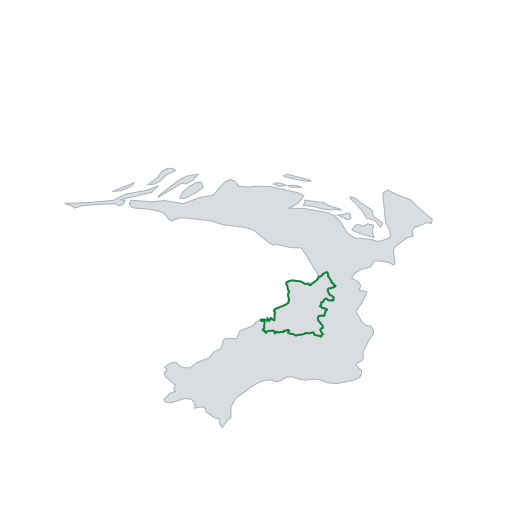 Croatia, with Sisacko-Moslavacka highlighted, rotated 142°
{"feature_id": "HRV-1587", "entity_name": "Sisacko-Moslavacka", "entity_type": "County", "adm_level": 1, "iso_a3": "HRV", "parent_name": "Croatia", "parent_adm1": "", "projection": "orthographic", "projection_center": [16.353, 45.412], "detail": "fine", "context": "in_parent", "style": "outline", "palette": "green", "viewbox_px": 512, "rotation_deg": 142, "n_neighbors": 0, "source": "natural_earth", "source_scale": "10m", "svg_char_len": 8258}
<svg xmlns="http://www.w3.org/2000/svg" viewBox="0 0 512 512"><g transform="rotate(142 256 256)"><path d="M98.0,173.6L99.9,176.8L114.2,181.0L117.4,179.5L119.3,177.0L119.4,175.3L120.6,174.9L125.6,177.5L141.2,177.6L144.4,175.8L150.5,165.1L152.4,164.2L153.6,164.7L154.5,167.9L156.7,171.0L164.4,178.4L167.3,179.3L170.2,177.4L173.2,176.9L181.7,180.8L188.9,181.7L194.3,179.7L191.7,173.9L191.3,170.9L191.7,168.3L195.4,165.8L195.2,164.7L190.9,160.1L191.1,159.0L200.8,154.0L210.1,151.3L211.7,149.1L213.0,139.6L212.5,134.5L208.8,129.8L208.6,127.4L209.5,124.9L211.0,122.6L219.0,120.1L230.8,114.6L234.3,109.5L236.5,108.6L243.0,109.4L244.4,108.1L243.5,100.7L244.7,98.8L248.1,96.7L253.8,97.5L258.5,99.4L271.0,105.9L277.7,111.9L281.5,118.6L286.5,123.7L292.9,127.3L297.9,132.2L301.7,138.5L307.0,141.9L313.6,142.6L317.9,144.7L319.7,148.2L323.4,151.3L328.9,154.1L337.5,155.5L359.0,156.4L368.5,152.8L375.4,143.9L378.5,144.4L388.4,141.6L387.9,146.8L385.0,149.2L388.2,154.5L391.3,163.1L389.9,167.4L391.9,170.7L398.1,173.9L396.4,174.9L395.1,177.8L395.1,183.0L400.1,187.7L413.3,192.6L417.3,196.8L417.4,198.6L416.8,199.9L406.8,200.7L402.9,198.6L402.6,202.1L399.0,203.3L401.5,216.0L400.8,219.7L399.5,221.0L396.6,220.4L395.9,221.7L396.6,224.4L393.0,224.8L387.1,223.6L384.4,221.2L383.8,216.3L381.8,212.5L377.1,208.7L367.5,208.3L356.2,204.8L348.1,206.2L340.3,204.6L333.7,209.7L330.3,209.7L323.4,203.6L321.4,203.2L315.5,206.5L313.1,206.7L303.2,203.4L299.6,203.0L297.0,204.1L292.3,203.0L280.9,194.9L273.9,201.1L259.5,199.6L255.3,203.9L250.4,212.0L246.5,215.9L243.0,214.5L239.0,210.9L231.9,201.7L228.3,200.1L224.2,199.7L220.6,200.6L218.7,202.5L215.7,227.7L215.6,234.7L223.5,241.3L232.8,252.7L235.9,254.0L237.4,257.7L242.0,277.9L246.8,284.9L263.1,301.4L270.1,311.9L291.2,332.2L300.5,335.7L302.0,337.6L302.1,345.6L303.2,348.5L309.5,356.8L322.4,368.8L323.9,371.6L324.3,373.7L323.5,375.3L320.2,377.0L305.5,363.4L294.0,356.0L281.0,342.0L263.8,336.5L252.1,330.3L237.2,333.2L232.4,333.2L229.0,332.1L226.5,328.2L226.5,321.4L219.7,315.2L210.5,309.2L201.7,301.5L184.4,280.7L181.0,274.1L190.0,271.7L200.4,273.2L189.3,264.3L173.5,246.9L168.9,238.8L168.5,230.0L169.9,218.1L167.1,209.5L155.1,198.2L150.8,192.2L141.8,188.5L137.8,188.8L135.3,193.0L133.2,202.6L117.6,227.4L111.8,227.1L105.6,214.9L99.7,205.6L98.6,195.9L94.6,176.2L98.0,173.6ZM369.6,405.5L369.8,408.4L374.5,415.3L353.6,400.1L334.0,387.7L320.3,384.9L301.5,374.9L289.3,371.4L299.3,370.4L328.2,383.7L325.0,380.1L329.1,378.6L332.6,379.6L335.0,384.0L351.4,395.7L361.9,402.6L369.6,405.5ZM146.2,241.9L145.7,244.9L142.4,241.0L140.9,234.1L136.9,222.9L136.4,219.8L138.7,216.8L138.7,213.6L135.9,203.8L138.5,202.3L140.0,202.1L140.4,208.9L141.7,212.8L145.6,217.7L144.6,225.5L145.2,236.8L146.2,241.9ZM164.5,217.5L157.7,219.1L154.5,216.0L153.7,213.5L148.2,212.6L144.2,207.6L149.1,204.0L151.8,197.9L160.8,210.6L164.5,217.5ZM274.3,351.5L265.4,351.8L257.6,350.4L253.8,348.0L255.2,342.5L263.9,342.9L277.1,345.3L280.4,348.1L279.4,349.4L274.3,351.5ZM297.7,362.6L293.7,363.5L268.4,363.1L261.0,361.5L251.1,356.0L259.3,354.8L267.0,356.0L269.4,359.0L297.7,362.6ZM184.7,268.0L183.2,270.0L169.5,256.0L168.0,251.4L161.3,241.9L160.3,239.3L166.5,245.6L168.9,246.2L174.8,252.3L180.6,260.1L187.6,266.9L184.7,268.0ZM266.8,372.9L277.3,375.1L285.1,374.0L292.1,375.3L297.5,378.9L285.5,378.2L278.2,380.8L271.8,379.5L269.4,377.8L267.7,375.8L266.8,372.9ZM184.3,300.2L185.0,302.2L181.3,301.4L167.8,284.1L166.4,280.8L171.3,284.8L184.3,300.2ZM161.2,227.8L166.7,238.1L161.6,234.9L156.9,233.6L156.0,231.2L157.7,227.5L161.2,227.8ZM321.7,390.2L329.6,395.4L306.6,388.7L311.6,387.9L321.7,390.2ZM194.6,296.4L198.2,302.2L194.7,301.0L191.1,297.3L188.9,293.4L194.6,296.4ZM186.8,289.4L187.6,292.1L180.7,286.8L177.7,281.8L186.8,289.4Z" fill="#d9dde1" stroke="#a8b0b8" stroke-width="1"/><path d="M282.5,198.0L282.1,197.6L282.2,196.9L282.1,196.3L281.6,194.7L281.2,194.2L279.7,195.5L279.5,195.9L279.1,196.5L278.5,197.2L278.0,197.5L277.7,198.3L277.2,198.7L276.6,199.0L276.0,199.5L275.7,200.5L275.8,201.2L275.7,201.7L275.0,202.3L273.6,202.5L262.6,199.3L259.4,199.2L256.9,201.0L255.1,205.0L254.3,206.2L253.7,206.6L252.3,207.1L251.8,207.4L251.4,208.2L251.4,208.6L251.5,209.1L251.4,210.0L251.1,210.7L250.0,212.8L249.4,215.0L249.1,216.1L247.7,216.5L245.7,216.0L243.6,215.1L242.0,214.1L237.0,209.0L236.0,207.8L234.9,204.7L234.0,203.3L233.4,202.8L232.2,202.5L231.7,202.1L231.7,201.8L231.9,201.2L232.0,200.5L231.5,199.8L230.8,199.5L230.2,199.5L228.9,199.7L223.7,199.5L220.7,200.0L219.5,201.1L219.4,201.1L218.5,200.4L218.3,200.3L218.1,200.3L217.8,200.3L217.6,200.3L217.5,200.2L217.4,200.1L217.2,200.1L216.6,200.3L216.4,200.3L216.2,200.2L215.8,200.2L215.1,200.2L214.9,200.2L214.7,200.4L214.4,200.7L214.2,200.7L210.5,199.9L210.3,199.8L210.2,199.4L210.2,198.8L210.1,198.4L210.0,198.0L210.1,197.7L210.3,197.4L210.7,196.8L210.9,196.3L211.7,195.7L211.8,195.5L211.7,195.1L211.6,194.8L211.5,194.5L211.5,194.1L211.6,193.8L211.8,192.8L211.9,192.4L212.0,191.9L212.0,191.4L211.9,191.0L211.9,190.6L211.8,190.2L211.9,189.9L212.8,189.2L212.9,188.8L212.7,188.4L212.5,188.0L212.2,187.5L212.1,187.3L212.0,187.0L212.1,186.6L212.4,185.3L212.5,185.0L212.3,184.7L211.8,184.2L211.6,184.0L211.6,183.7L211.9,183.4L212.7,183.2L214.1,183.6L214.9,183.6L215.1,183.8L215.4,184.3L215.7,184.4L216.3,184.3L216.6,184.3L217.1,184.6L217.6,185.0L218.1,185.4L218.3,185.6L218.7,185.7L219.1,185.7L220.2,185.3L220.6,185.1L220.8,184.7L220.8,183.9L221.4,182.8L221.5,182.4L221.4,181.8L221.5,181.2L221.6,180.9L221.8,180.5L221.8,180.1L221.5,179.6L221.3,179.1L221.0,178.7L220.2,175.6L221.7,173.8L222.5,173.5L222.8,173.6L223.0,173.7L223.2,173.9L223.3,174.2L223.3,174.5L223.2,174.7L223.4,174.9L223.6,175.0L225.1,175.3L226.2,176.6L226.5,177.2L226.5,177.5L226.5,178.7L226.9,179.4L229.2,179.6L230.0,179.4L230.4,179.0L230.8,178.6L231.3,178.6L231.8,178.6L232.2,178.7L232.5,178.9L233.0,179.4L234.5,177.5L234.9,177.3L235.6,177.1L236.3,177.2L236.5,177.0L236.4,176.8L236.3,176.6L236.1,176.4L236.0,176.1L236.0,174.9L235.9,174.5L235.6,174.1L234.6,173.3L234.4,173.1L234.3,172.8L234.3,172.5L234.2,171.9L234.1,171.7L233.9,171.5L233.4,171.3L233.2,171.2L233.0,170.9L233.0,170.5L233.0,170.2L233.2,169.9L233.4,169.8L234.6,169.9L235.2,169.8L235.5,169.6L237.1,168.4L238.0,167.4L238.2,167.2L238.6,167.0L238.9,167.0L239.3,167.1L239.9,167.5L240.3,168.2L240.5,168.5L241.3,168.7L241.6,168.8L242.1,169.1L242.4,169.5L242.9,169.8L243.5,170.0L245.0,169.4L245.7,168.7L246.7,166.4L246.4,164.1L246.7,163.1L246.3,161.0L246.4,160.3L246.5,159.7L247.4,158.4L247.7,158.2L248.0,158.1L248.9,158.7L249.3,158.8L250.5,158.5L250.7,158.4L250.8,158.2L251.1,156.5L251.5,154.9L251.5,154.5L251.5,154.1L251.5,153.8L251.3,153.2L253.5,153.2L253.9,152.5L253.9,152.4L254.0,152.3L254.3,152.3L254.5,152.5L254.6,153.0L255.3,154.0L257.6,156.8L258.4,157.7L258.4,158.2L258.2,158.6L258.0,159.2L257.8,160.2L257.9,160.5L258.1,160.7L258.5,160.8L258.9,160.9L259.5,161.4L260.0,161.7L260.6,161.8L261.3,162.1L262.5,163.1L263.4,164.1L263.9,164.6L264.2,164.8L265.2,164.8L266.3,165.0L270.0,166.8L270.3,167.0L270.9,167.8L271.3,168.0L271.8,168.2L273.1,168.4L273.5,168.6L273.7,168.9L274.5,171.0L274.7,171.5L275.2,172.2L275.5,172.5L276.0,172.7L276.2,172.8L276.3,173.0L276.8,173.8L277.6,174.9L277.9,175.4L278.0,175.7L277.0,176.7L276.8,176.7L276.6,176.7L276.4,176.6L276.2,176.6L275.9,176.6L275.8,176.8L275.9,177.2L276.2,177.9L276.6,178.3L277.1,178.6L277.5,178.8L277.9,178.9L279.0,178.8L279.4,179.0L279.6,179.3L279.9,179.8L280.1,179.9L280.4,179.9L281.3,179.3L283.3,180.9L285.1,181.8L285.5,182.1L286.5,183.7L287.2,183.6L287.9,183.2L288.2,183.2L288.4,183.2L288.6,183.4L288.7,183.8L288.6,184.3L288.5,184.6L288.2,185.0L288.0,185.5L288.0,185.8L288.0,186.1L288.1,186.4L288.7,186.9L293.2,189.7L295.2,189.2L295.7,190.5L295.7,190.8L295.6,191.1L295.3,191.3L295.1,191.5L295.1,191.8L295.3,192.2L296.1,192.9L296.3,193.1L296.3,193.3L296.2,193.5L295.9,193.8L295.2,193.9L294.7,194.0L294.4,194.0L293.8,194.3L293.6,194.4L293.4,194.7L292.8,195.8L291.9,196.6L291.6,196.8L290.2,198.3L290.1,198.5L290.0,198.8L289.8,199.5L289.9,199.8L290.2,200.2L290.7,200.5L291.5,201.3L292.2,203.1L292.3,203.2L290.8,202.5L288.4,200.7L287.3,198.4L287.0,198.7L286.1,199.3L285.8,199.5L286.0,198.9L286.1,198.4L286.0,198.0L285.8,197.4L285.3,198.4L284.7,198.0L284.0,197.1L283.2,196.8L283.4,197.4L283.6,197.9L282.5,198.0Z" fill="none" stroke="#15803d" stroke-width="2"/></g></svg>